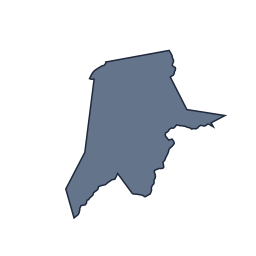 Jempol, Negeri Sembilan, Malaysia, rotated 241°
{"feature_id": "92858781B63970994898514", "entity_name": "Jempol", "entity_type": "district", "adm_level": 2, "iso_a3": "MYS", "parent_name": "Malaysia", "parent_adm1": "Negeri Sembilan", "projection": "robinson", "projection_center": [102.399, 2.869], "detail": "fine", "context": "isolated", "style": "filled", "palette": "slate", "viewbox_px": 256, "rotation_deg": 241, "n_neighbors": 0, "source": "geoboundaries", "source_scale": "gbopen_adm2", "svg_char_len": 1660}
<svg xmlns="http://www.w3.org/2000/svg" viewBox="0 0 256 256"><g transform="rotate(241 128 128)"><path d="M75.5,37.2L76.4,42.3L77.2,43.7L79.6,46.0L81.2,47.0L82.9,49.3L82.2,51.5L81.5,53.2L82.4,55.2L84.8,57.1L84.4,58.7L85.3,60.5L86.3,64.7L88.1,66.5L88.8,71.6L91.0,73.9L90.5,77.0L89.4,80.7L90.0,83.8L90.5,88.7L89.6,91.8L93.2,96.9L68.8,100.0L67.6,100.8L66.2,103.1L64.3,105.5L62.7,107.6L59.5,109.6L59.6,112.9L59.6,115.6L62.1,118.4L64.5,119.5L66.0,121.5L66.6,123.4L67.7,124.5L69.2,125.0L70.3,126.2L71.0,127.5L72.6,128.7L74.8,129.4L76.3,129.5L77.9,130.5L78.0,132.0L77.7,134.2L77.4,135.8L76.5,137.2L75.9,139.2L76.4,140.3L77.8,140.8L78.0,141.0L80.9,141.8L82.1,144.7L83.8,146.6L86.2,150.2L88.0,152.3L89.3,153.3L89.8,154.2L90.3,156.2L90.7,157.8L91.3,159.5L91.9,160.8L93.5,161.5L96.9,161.2L97.8,157.7L103.0,156.9L104.3,157.5L105.5,158.7L105.4,160.2L105.8,161.9L106.6,163.0L106.9,164.3L106.9,165.8L106.3,166.8L105.8,167.8L106.0,169.1L106.7,171.0L107.3,171.9L106.0,173.3L105.2,174.1L103.6,176.4L102.2,178.4L100.3,179.9L98.9,181.3L97.7,182.5L96.3,183.0L95.6,185.2L94.3,187.1L94.3,188.7L95.0,191.0L95.1,192.8L93.9,194.4L92.7,195.5L92.4,197.7L92.9,199.2L92.4,200.4L91.3,201.0L87.7,203.2L92.3,203.2L91.9,218.8L115.6,188.4L152.1,189.7L152.3,193.3L153.0,194.5L154.7,196.0L155.7,197.3L156.6,198.2L157.9,198.7L159.8,197.5L161.1,197.2L162.4,197.8L163.3,199.2L164.1,200.1L165.6,200.8L166.9,200.7L168.7,201.2L169.9,201.6L172.4,201.7L175.9,201.6L196.5,140.5L195.7,140.3L194.4,137.8L194.9,135.4L194.9,132.6L194.7,129.0L194.4,126.5L193.6,124.1L192.0,121.4L189.8,118.3L188.5,119.5L187.1,122.0L127.6,78.4L104.8,44.0L75.5,37.2Z" fill="#64748b" stroke="#1e293b" stroke-width="1.5"/></g></svg>